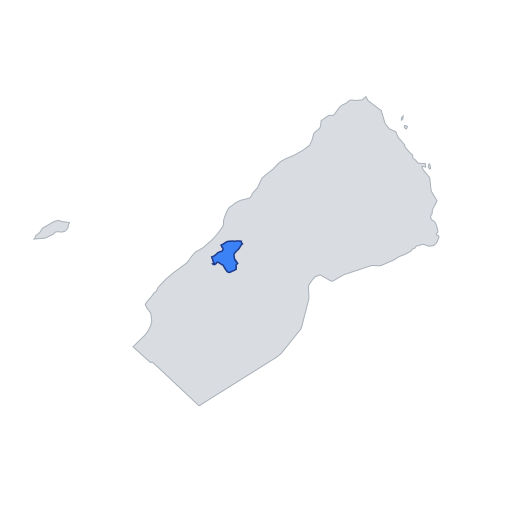 Ghayl bin Yamin, Hadramawt, Yemen (highlighted), rotated 156°
{"feature_id": "15242507B14142255130537", "entity_name": "Ghayl bin Yamin", "entity_type": "district", "adm_level": 2, "iso_a3": "YEM", "parent_name": "Yemen", "parent_adm1": "Hadramawt", "projection": "mercator", "projection_center": [49.287, 15.382], "detail": "fine", "context": "in_parent", "style": "filled", "palette": "blue", "viewbox_px": 512, "rotation_deg": 156, "n_neighbors": 0, "source": "geoboundaries", "source_scale": "gbopen_adm2", "svg_char_len": 7591}
<svg xmlns="http://www.w3.org/2000/svg" viewBox="0 0 512 512"><g transform="rotate(156 256 256)"><path d="M405.3,223.1L388.8,229.2L384.4,231.9L380.4,235.3L377.5,239.4L375.4,246.7L377.0,253.4L376.8,257.0L372.6,259.4L368.6,261.1L364.2,263.7L361.5,264.3L359.3,266.4L356.7,267.8L347.5,271.6L337.4,274.5L321.4,278.0L315.3,281.7L309.6,284.3L301.1,285.1L289.4,288.7L282.9,291.5L274.8,296.2L273.0,297.7L271.6,301.1L269.1,304.1L264.2,308.9L260.5,311.4L258.1,311.6L253.3,312.9L247.7,313.2L238.3,311.5L235.9,312.7L233.9,314.6L226.6,317.9L219.2,324.5L213.8,326.3L205.1,328.4L198.9,331.1L194.8,332.3L189.5,332.8L179.8,332.6L170.5,333.5L161.9,335.4L157.8,339.0L153.2,344.6L145.7,346.9L143.9,348.9L141.6,353.0L136.7,354.1L132.3,354.8L127.8,353.0L119.3,357.9L116.1,358.8L111.2,359.0L107.8,360.0L105.3,359.7L102.2,357.8L95.6,355.4L90.8,356.9L90.4,352.2L82.4,337.8L84.1,325.3L84.0,323.5L82.5,317.9L77.7,312.7L77.9,306.2L76.3,301.6L75.0,296.8L75.4,295.5L75.5,294.4L73.1,287.0L72.2,285.5L71.9,283.9L72.7,282.7L72.7,281.4L71.4,279.1L70.1,274.8L63.6,271.4L64.9,268.2L66.2,269.3L67.9,270.3L68.2,268.2L68.2,266.7L65.5,257.0L69.5,244.2L68.2,232.6L74.3,227.9L75.9,226.5L76.8,225.2L78.2,222.6L80.2,221.7L80.9,218.9L80.8,217.5L79.6,216.3L78.6,213.1L78.9,209.0L79.2,207.2L79.9,204.1L82.0,202.9L82.6,202.0L80.9,200.0L81.1,198.8L84.7,195.4L86.1,194.4L88.5,193.4L90.3,193.4L92.5,194.0L94.4,194.9L96.2,196.6L98.2,198.6L101.1,199.3L103.2,199.1L104.8,200.0L106.2,199.5L107.8,198.5L110.4,198.6L112.7,197.4L119.2,196.9L125.5,197.2L132.0,196.3L138.6,196.4L145.2,196.4L146.6,196.6L148.1,197.2L153.7,200.1L157.9,200.7L166.4,201.5L175.4,202.4L183.3,203.2L189.9,202.5L195.4,201.9L196.9,202.0L198.6,203.8L201.9,208.4L205.1,212.7L210.6,212.9L214.1,211.3L218.0,209.0L220.3,207.3L223.1,200.3L224.9,195.7L228.9,190.6L232.3,186.3L236.8,180.7L239.3,177.5L244.3,171.3L249.0,168.9L258.1,164.2L267.0,159.6L272.8,156.7L277.7,155.3L286.0,154.1L295.7,152.7L305.4,151.3L315.8,149.9L327.4,148.2L335.3,147.1L345.4,145.7L353.8,144.5L361.3,143.4L369.0,142.3L370.4,145.8L371.9,149.2L373.3,152.7L374.8,156.1L376.2,159.6L377.7,163.0L379.1,166.5L380.6,169.9L382.0,173.4L383.5,176.8L384.9,180.3L386.4,183.7L387.8,187.1L389.3,190.6L390.7,194.0L392.2,197.4L393.6,200.8L395.9,201.9L397.3,205.1L399.3,209.6L401.3,214.1L403.3,218.6L405.3,223.1ZM427.5,359.0L429.5,359.4L432.6,358.3L441.4,358.1L452.0,361.8L450.0,362.8L448.8,364.2L444.1,365.4L439.5,368.3L426.0,369.7L422.1,368.9L418.8,366.1L412.8,362.5L415.2,360.2L415.7,359.1L416.6,358.1L420.0,356.4L423.4,356.7L427.5,359.0ZM67.8,314.1L67.4,314.8L66.8,314.6L64.8,312.8L67.0,310.8L68.2,312.7L67.8,314.1ZM61.4,269.0L60.3,269.7L60.0,268.4L60.7,265.4L61.8,264.6L62.5,266.8L62.0,268.0L61.4,269.0ZM66.8,323.1L64.6,324.1L66.1,321.5L67.6,320.9L68.0,321.0L66.8,323.1Z" fill="#d9dde1" stroke="#a8b0b8" stroke-width="1"/><path d="M296.8,273.2L296.8,272.9L296.9,272.6L296.9,272.4L297.0,272.2L297.0,271.9L297.1,271.7L297.1,271.4L297.1,271.2L297.0,270.9L297.0,270.7L297.0,270.2L297.2,269.4L297.4,268.9L297.4,267.7L297.0,266.5L297.2,266.4L297.5,266.4L297.8,266.4L298.0,266.4L298.4,266.3L298.6,266.3L298.8,266.4L298.7,265.9L298.3,265.6L297.9,265.2L297.1,265.0L296.5,265.0L295.3,265.4L294.3,266.1L294.0,266.1L293.7,266.0L293.7,265.9L293.3,265.7L293.2,265.6L293.1,265.4L292.9,265.2L292.7,265.1L292.5,264.9L292.4,264.7L292.2,264.5L292.2,264.4L292.0,264.1L291.9,263.9L291.8,263.7L291.6,263.5L291.5,263.3L291.4,263.1L291.3,262.9L291.2,262.7L291.0,262.4L290.9,262.2L290.7,262.0L290.6,261.8L290.4,261.6L290.2,261.4L289.9,261.1L289.7,260.9L289.6,260.7L289.7,260.0L289.7,259.8L289.7,259.6L289.7,259.4L289.7,259.0L289.6,258.8L289.5,258.5L289.5,258.3L289.5,258.2L289.5,257.9L289.5,257.5L289.5,257.3L289.4,257.1L289.4,256.7L289.3,256.2L289.2,256.0L289.2,255.8L289.2,255.7L289.1,255.4L289.0,255.1L289.0,254.9L288.9,254.7L288.9,254.3L288.8,254.1L288.8,253.8L288.6,253.6L288.5,253.3L288.4,253.0L288.3,252.8L288.1,252.6L287.9,252.5L287.7,252.3L287.6,252.2L287.3,252.0L287.0,251.9L286.9,251.8L286.6,251.7L286.4,251.7L286.1,251.7L285.9,251.7L285.7,251.7L285.3,251.7L285.1,251.7L284.8,251.7L284.7,251.7L284.5,251.8L284.3,251.8L284.2,251.8L283.9,251.8L283.7,251.8L283.2,251.8L282.7,251.7L282.4,251.7L282.2,251.7L281.9,251.7L281.7,251.7L281.4,251.8L281.2,251.8L280.9,251.9L280.6,251.9L280.4,251.9L280.1,251.9L279.8,251.8L279.6,251.8L279.5,252.0L279.4,252.3L279.4,252.5L279.1,252.9L279.0,253.1L278.9,253.2L278.8,253.4L278.7,253.6L278.6,253.8L278.5,254.0L278.4,254.3L278.3,254.5L278.3,254.8L278.2,254.9L278.2,255.0L278.2,255.3L278.1,255.5L277.8,255.8L277.6,256.0L277.4,256.1L277.2,256.2L277.0,256.3L276.8,256.3L276.7,256.4L276.3,256.5L276.1,256.6L275.9,256.7L275.7,256.8L275.8,257.2L275.8,257.5L276.0,258.0L276.2,258.4L276.3,258.7L276.4,258.9L276.4,259.3L276.6,259.7L276.7,259.9L276.8,259.9L276.8,260.0L276.4,260.2L276.2,260.2L276.2,260.3L276.3,260.5L276.6,260.8L276.7,261.1L276.7,261.4L276.7,261.8L276.7,262.4L276.7,262.5L276.6,263.0L276.5,263.4L276.5,263.5L276.4,263.6L276.3,263.8L276.3,264.0L276.2,264.2L276.2,264.3L276.1,264.7L276.0,264.9L275.9,265.2L275.8,265.5L275.7,265.7L275.5,266.2L275.5,266.3L275.4,266.5L275.2,266.7L275.0,266.9L274.8,267.1L274.6,267.2L274.4,267.3L274.1,267.4L273.9,267.5L273.6,267.6L273.4,267.7L273.1,267.8L272.9,267.9L272.6,268.1L272.4,268.2L272.1,268.3L271.9,268.4L271.6,268.5L271.4,268.6L271.2,268.7L270.9,268.7L270.7,268.8L270.2,269.0L269.9,269.0L269.7,269.1L269.4,269.3L269.1,269.4L268.8,269.5L268.6,269.7L268.3,269.8L268.1,269.9L267.9,270.1L267.7,270.2L267.5,270.3L267.3,270.5L267.1,270.6L266.9,270.8L266.7,271.0L266.4,271.1L266.2,271.3L265.8,271.5L265.7,271.6L265.4,271.8L265.2,272.0L264.9,272.1L264.7,272.2L264.5,272.3L264.2,272.4L263.9,272.5L263.7,272.6L263.4,272.6L263.4,272.9L263.5,273.1L263.6,273.3L263.7,273.6L263.8,273.8L263.8,274.0L263.8,274.3L263.8,274.5L263.8,274.8L263.8,275.0L263.7,275.1L263.6,275.4L263.5,275.5L263.8,275.7L264.0,275.8L264.3,276.0L264.5,276.1L264.7,276.3L265.0,276.4L265.2,276.5L265.4,276.6L265.5,276.6L265.7,276.8L266.4,277.1L266.6,277.2L266.8,277.3L267.1,277.4L267.4,277.5L267.6,277.6L267.8,277.6L268.0,277.7L268.2,277.8L268.5,277.8L268.8,277.9L269.1,278.0L269.6,278.2L269.8,278.3L270.0,278.4L270.1,278.5L270.3,278.5L270.6,278.7L270.8,278.9L271.1,279.0L271.3,279.2L271.5,279.3L271.9,279.4L272.3,279.6L272.5,279.6L272.8,279.8L273.1,279.9L273.3,279.9L273.6,280.0L273.8,280.1L274.1,280.2L274.3,280.3L274.5,280.4L274.8,280.5L275.0,280.6L275.5,280.7L275.8,280.8L276.1,280.8L276.3,280.9L276.5,280.9L276.8,280.9L277.1,280.9L277.4,280.9L277.6,280.8L277.9,280.8L278.1,280.8L278.3,280.7L278.6,280.7L278.8,280.7L279.1,280.6L279.3,280.6L279.6,280.5L279.8,280.5L280.1,280.4L280.3,280.4L280.5,280.3L280.8,280.3L281.0,280.3L281.4,280.2L281.6,280.2L281.8,280.2L282.0,280.2L282.5,280.2L282.9,280.2L283.2,280.1L283.4,280.1L283.3,279.9L283.3,279.7L283.4,279.3L283.5,279.0L283.5,278.8L283.5,278.6L283.4,278.4L283.3,278.1L283.4,277.9L283.4,277.7L283.4,277.4L283.3,277.2L283.2,277.0L283.0,276.8L282.9,276.6L283.0,276.4L283.1,276.2L283.2,275.9L283.4,275.7L283.6,275.4L283.8,275.2L284.1,274.8L284.3,274.6L284.5,274.5L284.7,274.4L284.9,274.4L285.2,274.3L285.4,274.3L285.5,274.3L286.0,274.4L286.3,274.4L286.5,274.4L286.8,274.5L287.1,274.5L287.3,274.5L287.6,274.5L287.9,274.5L288.1,274.6L288.4,274.6L288.7,274.6L288.9,274.6L289.2,274.6L289.5,274.5L290.0,274.4L290.3,274.3L290.4,274.2L290.7,274.1L290.9,274.0L291.2,273.9L291.4,273.8L291.7,273.7L292.0,273.7L292.3,273.6L292.5,273.5L292.7,273.4L292.9,273.4L293.2,273.3L293.5,273.3L293.8,273.2L294.1,273.2L294.5,273.1L294.8,273.1L295.2,273.1L295.8,273.1L296.1,273.1L296.3,273.1L296.5,273.2L296.8,273.2Z" fill="#3b82f6" stroke="#1e3a8a" stroke-width="1.5"/></g></svg>